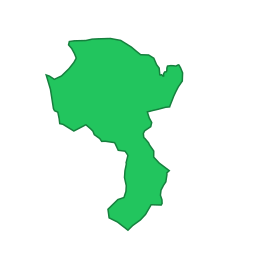 the district of Ila, Osun, Nigeria, rotated 345°
{"feature_id": "59680162B66079212084305", "entity_name": "Ila", "entity_type": "district", "adm_level": 2, "iso_a3": "NGA", "parent_name": "Nigeria", "parent_adm1": "Osun", "projection": "robinson", "projection_center": [4.917, 7.969], "detail": "fine", "context": "isolated", "style": "filled", "palette": "green", "viewbox_px": 256, "rotation_deg": 345, "n_neighbors": 0, "source": "geoboundaries", "source_scale": "gbopen_adm2", "svg_char_len": 1666}
<svg xmlns="http://www.w3.org/2000/svg" viewBox="0 0 256 256"><g transform="rotate(345 128 128)"><path d="M192.9,80.0L190.3,80.6L187.7,79.5L185.4,78.8L182.2,78.4L181.1,80.1L180.3,82.7L179.4,83.6L177.9,83.4L176.4,84.9L175.9,87.0L175.3,87.0L174.2,85.2L172.9,85.2L172.5,84.8L173.6,78.2L173.3,77.5L172.1,74.5L172.0,74.4L171.0,67.3L168.3,64.4L167.0,63.0L166.8,62.8L159.2,60.5L156.1,56.3L152.2,50.7L143.6,41.5L134.2,37.0L130.1,36.0L129.2,35.8L122.0,34.1L116.4,32.9L109.9,32.6L98.7,29.9L93.7,29.3L92.1,32.3L94.2,36.7L95.5,42.1L96.1,47.1L92.7,50.7L91.2,51.8L86.4,55.4L77.3,60.5L69.4,61.9L65.5,57.5L62.7,55.6L63.1,70.6L61.0,90.0L61.5,92.3L64.3,94.5L63.9,101.3L63.2,106.1L66.1,107.6L74.9,116.9L87.5,114.1L88.2,114.0L91.6,119.0L93.3,122.0L93.7,125.7L98.0,130.9L99.1,134.1L102.8,135.0L111.1,138.6L111.5,139.5L112.8,147.0L119.1,149.6L120.0,151.8L120.8,154.5L119.2,157.4L117.1,161.2L117.2,162.1L114.0,168.5L111.8,174.9L111.4,183.3L109.6,188.7L106.1,194.1L99.7,194.5L87.6,201.3L86.5,209.9L93.5,216.1L101.5,226.7L107.3,223.4L116.2,220.0L122.6,216.0L130.5,208.1L140.1,211.0L141.4,209.7L142.2,206.2L141.9,201.3L143.8,196.6L147.5,192.5L150.6,189.8L153.5,183.2L153.9,181.4L156.8,179.9L149.1,170.0L145.3,162.8L146.9,156.9L144.4,150.0L144.0,147.6L141.6,142.5L140.8,141.3L141.4,137.2L143.4,135.0L150.3,132.6L152.3,128.9L151.1,123.7L150.9,119.7L150.9,117.4L153.4,117.5L156.7,117.5L159.1,117.6L162.6,117.7L163.8,117.7L166.2,117.7L168.1,117.7L169.7,117.7L173.7,118.4L174.2,117.5L178.5,111.7L180.3,109.2L183.4,105.5L186.1,102.5L187.4,101.1L188.0,100.6L192.6,96.7L195.0,88.9L194.5,84.9L194.3,83.3L193.9,82.0L193.6,80.5L192.9,80.0Z" fill="#22c55e" stroke="#15803d" stroke-width="1.5"/></g></svg>